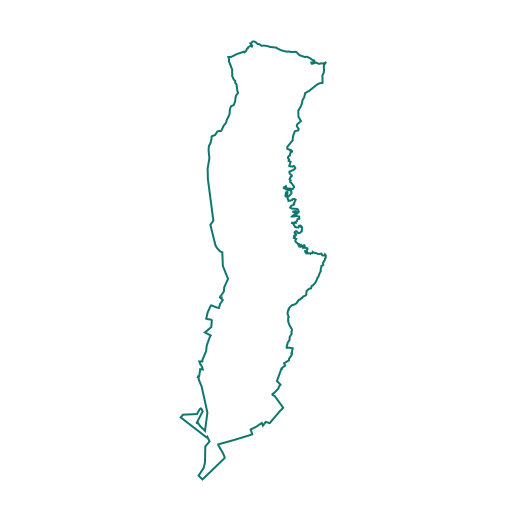 outline of Mereni, Covasna, Romania, rotated 351°
{"feature_id": "2599482B11126024724962", "entity_name": "Mereni", "entity_type": "district", "adm_level": 2, "iso_a3": "ROU", "parent_name": "Romania", "parent_adm1": "Covasna", "projection": "orthographic", "projection_center": [26.261, 46.117], "detail": "fine", "context": "isolated", "style": "outline", "palette": "teal", "viewbox_px": 512, "rotation_deg": 351, "n_neighbors": 0, "source": "geoboundaries", "source_scale": "gbopen_adm2", "svg_char_len": 6086}
<svg xmlns="http://www.w3.org/2000/svg" viewBox="0 0 512 512"><g transform="rotate(351 256 256)"><path d="M193.4,450.7L193.5,449.5L192.5,445.5L189.2,437.1L189.3,436.1L204.7,434.4L224.0,431.7L224.4,431.5L223.6,426.5L229.5,424.7L235.6,421.8L236.3,424.7L239.6,421.4L243.4,423.2L255.4,412.9L259.1,410.1L252.6,397.3L250.9,396.0L250.5,395.3L250.8,394.8L252.6,394.0L257.4,390.4L258.4,388.4L260.1,387.0L257.1,382.8L263.4,371.4L263.8,371.5L263.8,370.9L267.6,368.8L267.0,366.3L272.2,364.2L272.7,362.6L275.4,359.7L276.3,358.2L276.4,357.9L275.8,357.5L276.8,355.7L277.8,352.9L274.3,351.7L272.0,351.5L271.9,351.2L272.7,348.9L274.0,346.2L275.5,344.9L276.2,343.4L276.5,341.5L279.1,338.3L279.1,336.5L280.0,334.8L279.9,333.6L278.7,330.8L278.0,328.5L277.5,325.3L277.9,324.6L277.8,323.6L278.3,321.5L278.8,321.4L278.1,317.8L279.0,315.1L279.8,314.5L279.8,313.6L280.3,313.4L280.4,312.8L283.4,310.4L284.8,310.0L285.5,310.2L288.5,309.1L289.5,307.8L290.2,307.5L290.5,306.8L291.8,305.9L292.7,305.9L294.4,304.6L294.8,304.8L296.1,303.5L299.1,302.6L299.7,301.9L299.9,300.3L300.6,298.3L303.6,296.6L305.3,296.6L306.4,294.2L307.5,294.0L310.4,291.7L312.8,288.3L313.2,287.2L314.4,286.2L316.6,282.2L317.6,281.3L317.6,280.4L318.1,278.4L318.7,277.6L318.9,276.2L321.0,275.3L321.1,273.3L321.8,272.7L321.9,272.1L323.4,270.7L323.7,269.3L324.2,269.1L324.7,268.1L325.0,266.2L324.4,265.3L324.2,265.9L323.6,266.2L321.6,265.8L321.3,265.2L321.4,264.0L321.8,263.8L319.1,264.0L317.1,263.5L316.0,262.6L314.1,262.1L312.6,260.8L312.0,262.0L310.4,261.9L310.1,262.3L308.9,261.6L307.7,261.6L307.3,261.2L306.1,261.3L305.8,260.4L304.9,259.8L305.3,259.9L305.3,259.1L305.9,259.5L306.3,259.0L307.2,259.8L306.9,258.5L307.6,257.2L307.9,257.2L308.0,256.5L306.2,255.6L303.9,255.3L304.1,254.9L305.5,254.7L305.7,253.4L305.5,253.1L305.0,253.5L304.9,253.2L304.4,253.4L304.3,253.1L302.6,253.9L301.7,253.9L301.6,253.5L302.3,252.7L302.3,252.4L300.2,253.4L299.8,252.2L301.6,252.3L300.8,251.3L299.0,250.1L297.4,248.1L297.2,247.2L297.4,246.6L298.4,245.3L296.2,244.0L296.6,243.4L296.7,242.7L297.1,243.0L297.1,242.4L297.5,242.6L297.8,241.8L298.5,241.9L299.0,241.3L299.1,240.8L298.5,240.5L297.7,239.1L298.0,238.4L299.1,238.2L299.4,237.8L299.9,238.3L300.3,238.2L300.9,239.5L301.9,240.2L303.1,240.0L305.2,238.6L305.2,237.8L306.0,234.9L305.8,234.5L305.1,234.4L305.0,233.2L304.5,232.8L303.3,232.9L302.4,234.5L299.2,233.6L299.1,232.8L298.4,231.7L298.1,229.9L296.7,229.2L296.9,228.8L300.4,229.5L300.3,228.6L301.6,228.2L302.1,227.6L302.8,226.1L304.6,226.0L304.8,223.8L302.1,222.8L298.7,222.9L297.7,222.6L299.3,221.5L302.7,220.8L302.4,219.6L300.5,218.9L299.6,218.3L299.8,217.9L302.5,217.9L303.1,219.2L304.0,219.9L304.8,219.7L305.2,218.7L304.7,216.7L303.9,215.9L298.9,214.8L297.3,213.5L298.4,212.1L301.6,211.1L301.5,210.0L302.2,209.7L302.3,208.9L304.0,206.7L303.3,205.9L301.4,205.5L300.7,205.7L300.2,206.6L296.7,206.7L296.8,205.8L296.2,204.4L296.3,202.4L294.6,201.7L294.4,201.1L295.0,200.0L295.4,198.1L296.1,197.6L296.9,198.2L297.0,199.0L296.0,201.1L296.3,201.7L297.5,202.3L300.6,200.0L301.0,199.3L300.8,198.2L301.0,197.5L299.9,196.2L297.7,196.2L296.8,195.0L296.1,194.8L295.5,193.9L294.4,193.6L294.0,193.1L294.4,192.6L296.4,191.7L296.6,193.5L297.1,194.1L300.8,194.9L301.9,195.8L302.8,195.5L304.4,194.0L304.1,192.3L303.5,191.9L302.8,190.0L301.3,188.4L301.3,187.9L302.1,186.8L301.3,186.0L301.1,185.4L301.9,184.6L302.3,183.5L303.7,182.9L304.0,182.5L304.0,182.1L302.4,180.3L302.0,178.3L302.4,177.8L306.0,177.0L308.4,175.7L308.6,175.2L307.5,173.0L306.0,173.4L302.9,172.5L302.9,172.1L304.2,170.0L304.9,168.3L303.1,167.3L303.9,165.7L302.9,164.6L303.0,163.7L303.9,162.4L305.2,162.1L305.8,160.0L307.1,158.9L307.8,158.7L308.1,158.1L307.1,156.9L306.4,157.5L305.8,156.3L303.8,155.2L303.9,153.2L310.4,147.4L310.9,144.7L311.9,142.3L313.7,139.2L314.3,138.7L317.0,138.6L317.9,137.8L318.0,137.3L316.6,134.0L316.8,133.2L317.2,132.5L321.5,129.8L319.7,125.1L320.5,119.1L323.9,114.9L325.3,112.3L326.3,109.4L328.4,106.8L330.1,102.7L334.4,101.2L343.5,96.0L345.6,95.4L348.8,95.4L349.9,87.9L351.3,86.0L352.2,83.9L352.5,79.8L353.0,77.9L355.6,75.5L352.8,76.4L350.3,75.9L348.3,76.1L345.6,74.3L341.4,75.0L340.9,74.2L340.9,73.6L341.8,73.8L343.9,73.3L344.2,72.7L344.1,72.0L342.4,71.3L340.8,69.5L337.6,67.2L335.3,67.1L331.0,64.8L329.8,63.8L328.0,61.1L327.2,60.6L322.0,59.9L320.9,59.2L319.5,59.2L317.2,58.6L313.0,56.7L309.9,54.6L308.7,53.4L302.6,51.7L299.8,50.3L296.7,49.4L294.3,49.2L292.3,47.2L290.8,46.9L289.0,44.6L287.4,43.7L286.0,43.7L284.3,45.2L283.8,45.2L285.1,47.5L284.6,48.5L283.5,47.6L281.0,48.5L280.4,49.6L279.9,49.6L279.2,50.2L278.5,51.8L276.3,53.0L276.0,52.3L268.6,53.6L262.6,55.5L259.8,55.2L260.2,57.4L259.6,59.7L260.2,61.1L260.3,62.8L260.8,63.5L260.8,64.8L261.7,68.3L261.1,71.0L261.1,72.9L260.7,73.5L260.6,74.3L261.6,78.2L262.9,79.9L262.6,81.6L262.8,82.3L263.6,83.3L263.4,89.9L263.8,92.2L262.2,93.5L260.8,95.6L259.7,99.6L257.9,103.1L257.5,103.5L254.9,104.1L253.8,105.8L252.8,108.3L252.1,111.6L250.8,113.8L248.1,117.5L247.8,118.9L246.1,120.9L244.5,122.1L242.0,126.0L241.1,126.9L240.3,127.1L238.8,126.7L237.3,127.0L234.5,130.1L231.1,130.8L230.7,131.4L230.5,132.9L229.8,134.8L228.4,138.0L226.8,139.7L226.1,142.2L225.6,145.4L225.3,152.0L221.9,162.1L220.5,172.7L219.4,214.5L215.8,218.1L217.6,238.8L218.4,241.4L221.2,245.8L223.3,247.1L221.7,260.6L224.8,274.2L219.8,281.8L218.7,286.0L215.5,289.5L214.4,290.3L213.9,291.3L214.7,292.2L215.5,292.0L215.3,292.8L216.3,294.3L213.1,297.6L211.3,301.5L209.1,300.7L204.1,297.7L203.4,298.2L199.5,304.0L197.0,310.1L198.8,311.0L201.3,311.6L202.3,312.6L200.7,319.2L193.6,323.5L198.8,327.4L197.4,329.3L193.3,336.8L191.9,342.1L186.9,350.1L186.5,351.8L183.5,351.3L184.1,354.3L184.4,354.4L185.5,357.9L185.7,359.8L183.2,359.0L181.1,365.8L180.0,365.7L179.5,366.6L180.2,367.1L180.3,368.6L180.1,369.0L181.9,376.5L183.5,403.1L178.3,420.7L174.0,415.0L173.5,413.5L172.9,412.8L172.6,411.3L170.9,412.2L179.0,401.1L178.3,398.7L177.7,397.9L176.6,398.4L172.9,402.9L159.1,401.3L156.4,403.7L178.7,427.3L179.0,427.5L179.6,426.9L181.1,431.9L176.1,436.2L173.4,451.6L172.7,453.6L171.1,457.2L164.9,464.0L168.2,468.3L193.4,450.7Z" fill="none" stroke="#0f766e" stroke-width="2"/></g></svg>